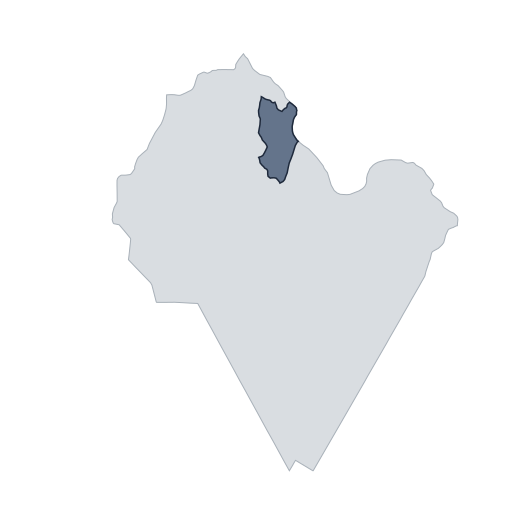 Misratah highlighted on a map of Libya, rotated 31°
{"feature_id": "LBY-2970", "entity_name": "Misratah", "entity_type": "Municipality", "adm_level": 1, "iso_a3": "LBY", "parent_name": "Libya", "parent_adm1": "", "projection": "natural_earth1", "projection_center": [15.024, 30.913], "detail": "fine", "context": "in_parent", "style": "filled", "palette": "slate", "viewbox_px": 512, "rotation_deg": 31, "n_neighbors": 0, "source": "natural_earth", "source_scale": "10m", "svg_char_len": 4532}
<svg xmlns="http://www.w3.org/2000/svg" viewBox="0 0 512 512"><g transform="rotate(31 256 256)"><path d="M100.6,161.1L103.0,159.8L106.4,158.4L108.2,157.3L109.0,156.3L111.6,152.6L112.9,150.5L114.8,147.6L115.6,145.6L115.6,143.8L115.4,141.5L114.0,136.2L112.9,131.0L113.9,129.0L114.6,128.0L116.2,125.6L116.8,125.1L120.2,124.4L121.6,122.7L122.7,120.7L122.9,119.6L124.4,118.5L126.2,117.4L127.3,115.9L130.9,113.7L134.2,111.7L138.0,109.5L140.9,107.8L141.5,106.4L141.5,105.1L140.0,102.2L140.0,98.8L140.1,96.0L140.3,94.4L141.0,89.7L141.1,89.1L144.1,90.6L147.2,91.2L156.4,97.0L159.3,97.7L165.8,98.4L173.5,96.0L176.4,95.6L181.4,97.8L183.6,98.4L187.3,98.6L193.7,100.6L195.3,101.3L199.0,104.5L200.8,105.4L214.0,108.4L215.8,110.3L217.6,114.0L217.7,118.6L218.7,122.0L220.4,126.3L222.4,129.4L224.6,131.9L227.1,133.5L232.9,135.9L239.4,136.8L246.1,137.1L257.4,140.3L267.1,144.1L269.5,145.9L274.3,147.8L284.0,156.6L289.3,159.6L293.1,160.2L296.5,159.7L302.4,156.6L304.8,154.8L310.7,147.2L312.7,143.2L313.4,140.4L313.2,137.5L312.4,135.0L310.7,132.3L309.5,128.7L308.7,122.4L309.6,117.9L310.7,115.3L312.4,112.6L317.3,107.4L322.3,103.8L331.0,99.0L336.1,98.9L338.1,98.4L342.3,95.0L344.0,94.9L346.3,95.7L353.2,95.5L356.3,96.4L360.0,98.5L364.6,99.8L367.9,101.1L371.4,102.8L372.2,107.0L371.9,108.2L371.8,109.8L375.5,112.7L385.7,114.0L387.7,114.8L390.6,117.0L392.4,117.7L399.4,118.0L403.4,117.5L407.3,118.3L408.8,119.0L410.3,120.8L412.2,124.9L413.0,126.3L412.2,127.0L411.2,128.5L410.5,129.8L408.7,131.9L407.2,134.1L407.5,137.5L407.9,140.8L409.0,144.1L410.0,147.8L409.8,150.2L409.1,153.1L408.3,155.6L405.4,160.6L404.9,161.8L405.1,163.5L407.1,169.5L407.3,171.4L408.6,177.2L409.7,182.0L410.9,185.7L411.1,186.7L411.2,192.2L411.4,197.7L411.5,203.1L411.6,208.6L411.7,214.1L411.9,219.6L412.0,225.1L412.1,230.6L412.3,236.0L412.4,241.5L412.5,247.0L412.6,252.5L412.7,258.0L412.9,263.4L413.0,268.9L413.1,274.4L413.2,279.9L413.3,285.4L413.4,290.8L413.5,296.3L413.6,301.8L413.8,307.3L413.9,312.8L414.0,318.2L414.1,323.7L414.2,329.2L414.3,334.7L414.4,340.1L414.5,345.6L414.6,351.1L414.7,356.6L414.8,362.0L415.0,374.2L415.2,386.3L415.4,398.5L415.6,410.6L415.4,410.7L415.3,410.8L410.3,410.8L405.2,410.8L400.1,410.8L395.1,410.8L395.1,413.8L395.2,416.8L395.2,419.9L395.2,422.9L385.3,417.2L375.4,411.4L365.5,405.6L355.5,399.9L345.6,394.1L335.7,388.3L325.9,382.6L316.0,376.8L306.1,371.1L296.3,365.3L286.4,359.5L276.6,353.8L266.7,348.0L256.9,342.2L247.1,336.5L237.3,330.7L230.5,326.7L223.3,330.6L217.5,333.6L210.0,337.6L201.4,342.9L194.7,346.9L194.4,346.8L194.1,346.7L187.2,339.9L181.8,334.6L179.4,333.2L169.3,330.5L159.2,327.8L148.6,324.9L146.7,320.6L144.5,315.8L141.7,309.8L139.9,306.1L139.3,305.5L131.2,302.6L122.6,299.7L117.6,301.5L116.7,301.3L115.3,300.2L113.9,298.8L113.2,296.7L111.2,293.9L109.4,287.5L109.2,282.5L108.9,280.7L104.5,273.5L100.5,267.1L97.9,262.7L97.4,260.8L97.7,258.4L98.8,256.2L102.8,253.7L106.3,250.9L106.8,249.0L107.1,243.7L106.0,242.0L105.2,238.9L104.4,234.6L104.3,231.9L105.9,226.5L107.8,220.8L106.7,214.5L106.0,201.9L106.7,191.9L106.3,188.3L106.0,186.8L104.9,182.1L103.5,177.3L102.9,175.6L101.0,171.7L98.0,166.9L96.4,163.9L98.6,162.4L100.6,161.1Z" fill="#d9dde1" stroke="#a8b0b8" stroke-width="1"/><path d="M205.6,106.9L208.7,107.1L212.7,107.8L213.6,108.2L214.1,108.3L214.4,108.4L215.1,109.4L215.8,109.9L216.1,110.2L216.3,111.1L216.5,111.6L216.9,112.4L217.7,113.7L217.8,114.0L217.8,114.5L217.6,115.4L217.6,116.4L217.5,117.0L217.7,118.8L217.8,119.6L220.2,126.1L220.7,127.0L222.9,130.2L224.2,131.6L225.7,132.8L231.3,135.6L233.2,135.9L233.1,136.2L232.7,137.1L232.8,141.1L233.7,144.7L235.0,149.9L235.9,154.7L236.6,159.2L238.1,163.7L239.9,168.7L240.5,172.5L241.2,175.7L240.8,178.2L239.0,181.2L238.0,180.5L236.1,179.8L233.3,178.9L231.3,179.6L229.4,180.8L228.1,181.9L225.3,181.5L223.8,179.7L222.5,177.5L221.9,176.8L220.6,176.1L218.2,176.2L216.5,175.5L214.5,175.1L211.5,174.0L210.0,172.2L208.5,170.7L207.5,170.1L207.8,169.6L209.1,168.2L210.1,166.3L210.1,163.5L209.9,160.4L209.5,156.7L207.7,155.4L206.1,154.6L201.7,153.3L199.5,151.6L197.6,150.8L194.7,149.1L193.6,146.3L191.8,141.5L189.2,136.4L188.8,136.0L187.7,135.2L186.5,134.4L184.3,131.6L183.2,129.9L182.5,127.3L181.6,125.1L180.4,122.5L179.6,118.9L178.5,116.7L179.8,116.6L182.9,116.7L184.1,116.5L186.1,115.9L187.2,115.5L188.5,115.4L189.8,116.0L190.4,116.1L191.9,115.8L193.0,114.4L196.2,116.8L197.8,118.5L199.9,119.2L202.5,118.9L203.8,118.7L204.1,116.5L204.8,114.5L205.6,113.5L205.7,112.1L205.1,110.8L204.9,109.5L205.3,107.8L205.6,107.2L205.6,106.9Z" fill="#64748b" stroke="#1e293b" stroke-width="1.5"/></g></svg>